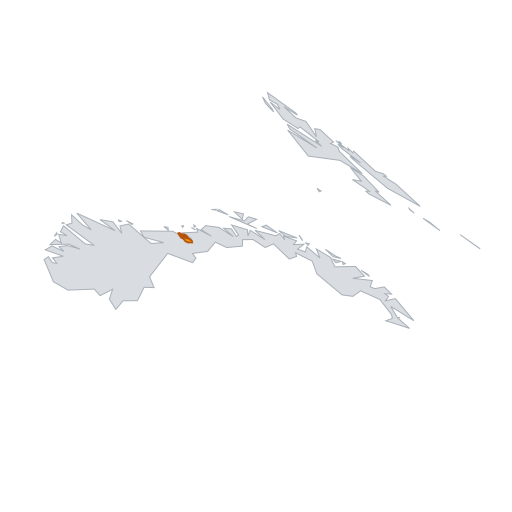 Bindal nor, Nordland, Norway (highlighted), rotated 37°
{"feature_id": "86288312B2671252892867", "entity_name": "Bindal nor", "entity_type": "district", "adm_level": 2, "iso_a3": "NOR", "parent_name": "Norway", "parent_adm1": "Nordland", "projection": "equal_earth", "projection_center": [12.321, 65.123], "detail": "fine", "context": "in_parent", "style": "filled", "palette": "amber", "viewbox_px": 512, "rotation_deg": 37, "n_neighbors": 0, "source": "geoboundaries", "source_scale": "gbopen_adm2", "svg_char_len": 7645}
<svg xmlns="http://www.w3.org/2000/svg" viewBox="0 0 512 512"><g transform="rotate(37 256 256)"><path d="M304.1,226.3L285.6,229.6L288.7,231.9L284.4,238.4L262.7,235.8L258.2,243.7L243.6,244.7L235.4,251.1L239.2,256.3L227.5,266.9L215.2,269.4L214.6,281.5L203.7,292.2L209.4,293.9L209.3,299.5L183.9,307.1L183.5,336.7L193.6,342.6L185.5,348.3L188.2,363.1L176.8,371.7L176.2,383.0L164.8,378.6L161.5,368.8L155.4,381.5L146.7,379.8L126.4,396.4L109.7,398.5L89.0,386.4L90.6,381.5L97.4,383.9L101.3,381.7L94.6,380.0L102.3,372.2L84.0,377.9L86.9,370.8L99.9,367.9L93.1,367.1L99.2,361.0L111.4,356.4L99.5,359.1L84.6,370.9L85.9,363.4L92.7,362.8L85.3,357.5L92.7,353.5L85.2,354.3L84.1,347.7L112.3,349.1L120.4,344.9L85.7,345.3L89.2,340.5L83.9,334.1L98.8,335.6L108.7,334.3L87.1,329.6L128.1,320.6L109.5,320.8L121.2,314.8L135.3,318.8L129.2,313.9L135.1,307.1L164.7,309.2L174.2,300.9L155.1,308.4L148.6,305.5L174.7,286.3L188.3,284.5L193.7,280.9L183.3,281.8L195.2,271.9L191.9,269.8L208.4,267.0L196.3,268.0L197.5,262.1L209.2,255.4L226.2,254.2L213.5,253.3L220.1,249.1L228.5,252.2L229.6,249.8L217.9,245.9L233.4,240.2L237.5,244.9L235.9,239.0L253.2,237.5L239.8,236.1L259.7,227.9L261.4,223.8L269.2,225.8L265.9,223.5L279.3,219.5L279.1,224.4L287.2,217.7L285.1,225.4L293.0,223.1L291.0,218.1L308.3,219.1L299.9,214.1L316.5,212.3L325.5,217.2L341.7,204.5L354.8,206.8L346.7,215.6L363.7,205.6L365.6,211.8L370.5,210.6L377.0,203.5L387.2,204.9L381.6,208.5L386.3,208.6L386.2,213.9L393.0,206.2L420.9,212.7L393.9,215.2L406.4,220.2L422.2,221.4L398.7,229.6L402.4,223.7L399.5,221.2L381.0,216.2L360.5,220.9L357.6,230.0L348.0,235.3L315.3,233.6L304.1,226.3ZM231.0,116.5L249.4,118.3L247.7,121.3L256.0,119.7L259.4,122.2L291.3,126.3L265.5,129.1L237.7,144.7L205.5,136.4L239.6,133.1L206.6,134.2L201.7,132.0L242.4,128.8L233.9,128.1L237.7,126.9L213.4,126.4L212.9,128.9L195.5,130.3L174.7,124.6L186.8,124.6L181.9,122.0L172.9,123.2L166.9,118.6L201.6,117.8L204.3,118.6L188.5,120.0L204.8,121.7L214.8,118.5L232.5,124.4L226.3,118.9L231.0,116.5ZM270.9,113.5L300.6,116.5L308.4,113.6L312.0,113.9L309.9,115.5L324.5,114.4L357.2,117.5L320.5,122.8L276.1,120.5L270.8,119.8L283.5,118.6L259.7,118.6L254.2,117.4L261.0,116.6L250.2,115.8L266.6,116.0L264.6,114.5L271.2,115.3L270.9,113.5ZM294.0,127.4L315.9,131.0L312.2,132.3L333.3,134.3L309.2,138.5L304.8,138.1L307.6,136.0L287.0,136.9L295.1,132.9L278.0,128.4L294.0,127.4ZM230.0,235.7L240.1,233.6L210.8,240.7L225.6,235.0L226.3,229.3L234.4,226.3L230.0,235.7ZM245.5,225.2L259.2,224.7L243.2,229.0L245.5,225.2ZM258.8,222.1L278.1,216.8L268.0,222.4L258.8,222.1ZM165.4,125.0L180.1,128.7L183.4,130.3L171.9,128.5L165.4,125.0ZM220.6,229.9L223.1,235.0L212.2,233.7L220.6,229.9ZM325.4,206.8L318.1,210.2L307.4,208.8L319.6,208.1L325.4,206.8ZM327.0,209.3L324.0,213.3L319.4,212.2L327.0,209.3ZM198.5,241.1L209.0,239.9L197.6,243.3L198.5,241.1ZM429.9,115.5L406.2,116.1L430.7,115.3L429.9,115.5ZM373.7,124.5L387.6,125.0L366.7,125.4L373.7,124.5ZM348.5,204.2L356.3,203.3L359.0,204.1L348.5,204.2ZM332.0,208.3L330.7,210.4L328.4,208.6L332.0,208.3ZM291.1,214.1L291.1,216.3L288.0,215.5L291.1,214.1ZM268.8,164.9L267.9,166.6L264.1,165.2L268.8,164.9ZM356.7,126.6L350.3,126.4L349.6,125.9L356.7,126.6ZM168.5,286.2L170.6,288.3L164.7,287.9L168.5,286.2ZM277.7,213.6L281.7,214.5L284.1,215.7L277.7,213.6ZM254.4,114.4L257.1,115.1L252.9,114.8L254.4,114.4ZM138.0,305.5L131.2,305.7L138.3,304.5L138.0,305.5ZM128.2,309.1L125.6,310.9L124.5,310.0L128.2,309.1ZM195.9,243.8L192.4,245.7L196.2,242.6L195.9,243.8ZM84.1,358.4L83.1,361.6L82.8,357.4L84.1,358.4ZM189.2,270.2L187.7,268.6L189.8,268.7L189.2,270.2ZM407.8,218.2L407.2,220.0L406.9,219.6L407.8,218.2ZM191.1,271.8L187.3,272.2L191.9,271.4L191.1,271.8ZM179.9,275.5L180.3,277.2L178.5,276.6L179.9,275.5ZM83.0,345.1L81.3,347.0L81.7,345.4L83.0,345.1Z" fill="#d9dde1" stroke="#a8b0b8" stroke-width="1"/><path d="M195.6,282.3L194.6,282.1L194.6,282.3L194.8,282.4L194.7,282.5L194.3,282.6L194.0,282.7L193.9,282.6L193.2,282.4L193.1,282.2L192.6,282.2L192.5,282.3L192.4,282.3L192.2,282.5L192.1,282.8L191.9,282.7L191.6,282.9L191.0,283.1L190.4,283.4L190.2,283.6L189.6,283.7L189.4,283.9L189.4,284.0L189.1,284.0L188.8,284.0L188.5,284.0L188.4,284.1L188.2,284.1L187.5,284.3L187.3,284.4L187.1,284.4L186.9,284.5L187.0,284.5L187.4,284.6L187.6,284.6L187.8,284.4L188.0,284.3L188.1,284.5L187.6,284.8L187.6,284.7L187.3,284.8L187.0,284.6L186.9,284.6L186.7,284.6L186.8,284.5L186.7,284.5L186.4,284.6L185.9,284.7L185.9,284.8L185.7,284.9L184.9,285.1L184.4,285.1L183.8,285.2L184.1,285.4L184.4,285.7L184.3,285.8L184.4,286.0L184.2,286.1L184.3,286.3L184.7,286.4L184.9,286.3L185.2,286.5L186.7,286.1L187.2,286.0L188.3,286.3L189.0,286.1L189.3,286.1L189.4,286.5L189.9,286.8L190.3,286.7L191.1,286.6L191.5,286.8L191.8,286.8L192.1,286.6L191.9,286.3L193.7,286.3L194.0,286.2L194.2,285.9L193.7,285.7L194.0,285.3L194.5,285.4L194.8,284.9L195.6,284.8L196.1,284.3L196.8,283.9L197.0,283.7L196.6,283.6L196.6,283.3L196.5,283.1L196.2,282.9L196.0,282.6L195.7,282.5L195.6,282.3ZM191.1,282.8L190.9,282.8L190.8,282.7L191.0,282.6L190.9,282.3L190.7,282.1L190.3,282.2L190.1,282.1L189.5,282.1L189.4,281.9L189.1,281.8L189.1,281.6L188.9,281.6L188.2,281.8L188.1,281.7L187.8,281.6L187.3,281.4L186.2,281.6L186.0,281.8L185.9,282.0L185.7,282.1L185.4,282.2L185.2,282.3L184.9,282.4L184.9,282.5L185.2,282.6L185.4,282.4L185.7,282.2L185.8,282.1L186.0,282.1L186.4,282.0L186.8,281.9L186.5,282.1L186.9,282.0L187.0,282.0L186.9,282.0L187.0,282.0L187.3,281.9L187.2,282.0L187.4,282.0L187.6,282.1L187.4,282.1L187.7,282.1L187.4,282.1L187.5,282.2L187.4,282.2L187.2,282.1L186.9,282.2L187.4,282.2L186.7,282.3L186.3,282.4L186.1,282.4L186.0,282.5L186.3,282.7L186.8,282.6L187.2,282.5L187.3,282.5L187.5,282.7L187.2,282.8L187.4,282.8L187.2,282.8L187.6,282.8L187.8,282.9L187.8,283.0L188.2,283.0L188.4,283.0L187.6,283.2L187.3,283.2L187.1,283.1L186.5,283.3L186.3,283.5L186.6,283.7L187.2,283.9L187.8,283.9L188.2,283.9L188.5,283.8L188.6,283.7L188.8,283.7L189.4,283.4L189.7,283.3L190.0,283.2L190.4,283.1L190.5,283.0L191.1,282.8ZM181.3,284.9L182.6,284.9L183.2,285.2L183.7,285.1L183.9,285.1L184.2,285.0L184.7,285.0L185.4,284.7L186.0,284.5L186.0,284.4L185.6,284.2L185.1,284.2L184.8,284.3L184.6,284.3L185.0,284.1L185.2,283.9L185.5,283.8L185.3,283.8L185.5,283.7L185.5,283.4L185.3,283.4L185.2,283.5L185.2,283.3L185.1,283.2L184.9,283.1L184.8,282.9L184.6,282.8L184.3,282.8L183.5,283.0L183.2,283.1L183.0,283.3L183.1,283.6L183.1,283.8L183.1,284.0L183.6,284.0L183.8,284.1L183.5,284.1L182.9,284.2L182.7,283.9L182.4,284.2L182.5,284.2L182.3,284.3L182.5,284.6L182.4,284.6L182.5,284.8L182.1,284.8L182.0,284.7L181.7,284.6L181.8,284.5L181.6,284.6L181.0,284.8L181.3,284.9ZM184.1,285.9L184.2,285.7L184.0,285.4L183.8,285.2L183.6,285.3L183.3,285.2L182.8,285.3L183.2,285.2L182.5,285.0L182.2,284.9L182.1,285.2L182.1,285.4L182.0,285.5L182.4,285.7L182.7,285.9L183.1,285.9L183.3,285.9L183.2,285.7L183.3,285.6L183.6,285.6L183.7,285.8L184.1,285.9ZM180.6,284.5L181.3,284.3L181.5,284.2L181.9,283.9L182.0,283.8L182.0,283.7L181.9,283.7L181.5,283.4L181.4,283.4L181.4,283.5L180.8,283.7L180.8,283.8L180.7,284.0L180.9,284.2L181.0,284.2L180.5,284.4L180.6,284.5ZM180.5,284.9L180.9,284.8L181.3,284.7L181.7,284.4L181.3,284.4L181.1,284.4L180.6,284.5L180.4,284.7L180.2,284.8L179.9,284.9L180.5,284.9ZM186.3,283.9L186.0,283.8L185.6,284.0L186.1,284.0L186.6,284.1L186.8,284.2L186.8,284.3L187.6,284.1L187.5,283.9L187.2,284.0L186.6,283.9L186.3,283.9ZM186.2,282.9L186.1,283.0L185.9,283.0L186.1,283.2L186.0,283.3L186.5,283.2L186.4,283.2L186.5,283.1L186.4,283.1L186.5,283.0L186.2,282.9ZM185.9,282.7L185.7,282.7L185.7,282.8L185.7,283.0L186.0,282.9L185.9,282.9L186.0,282.8L185.9,282.7ZM186.4,282.2L186.1,282.3L185.9,282.3L185.7,282.4L186.0,282.4L186.5,282.3L186.4,282.2Z" fill="#f59e0b" stroke="#b45309" stroke-width="1.5"/></g></svg>